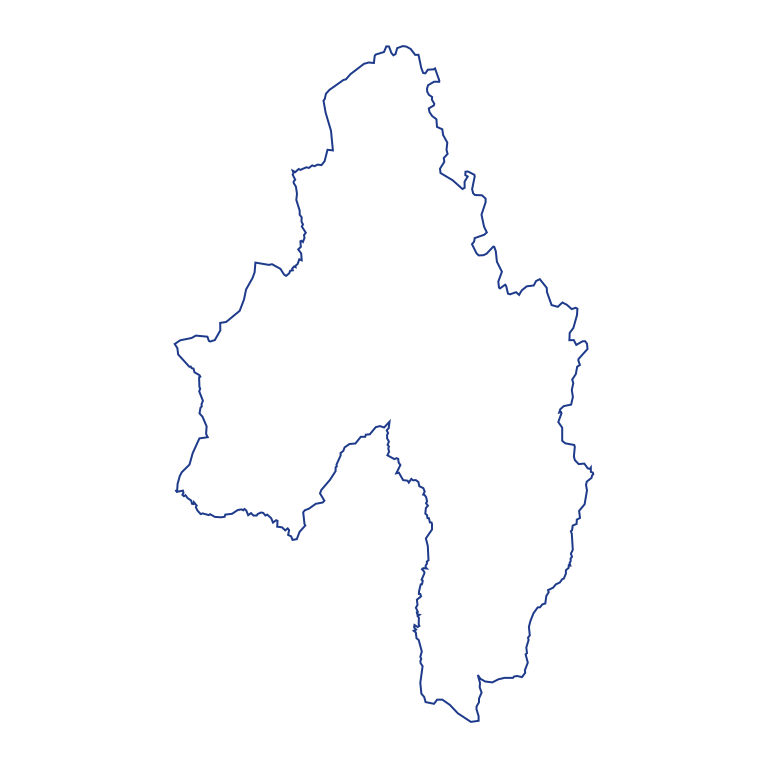 outline of Mamants'o, Mafeteng, Lesotho
{"feature_id": "5366337B49454872209470", "entity_name": "Mamants'o", "entity_type": "district", "adm_level": 2, "iso_a3": "LSO", "parent_name": "Lesotho", "parent_adm1": "Mafeteng", "projection": "equal_earth", "projection_center": [27.358, -29.661], "detail": "fine", "context": "isolated", "style": "outline", "palette": "blue", "viewbox_px": 768, "rotation_deg": 0, "n_neighbors": 0, "source": "geoboundaries", "source_scale": "gbopen_adm2", "svg_char_len": 6077}
<svg xmlns="http://www.w3.org/2000/svg" viewBox="0 0 768 768"><path d="M590.8,467.5L589.8,468.9L587.8,468.4L584.3,463.6L578.7,464.1L574.9,460.2L573.9,456.6L574.8,446.7L574.2,445.0L565.2,443.3L562.2,440.8L562.2,427.7L558.3,422.0L561.5,413.3L561.0,412.0L559.2,412.6L560.3,409.2L563.8,406.1L571.1,404.6L572.9,397.0L571.8,390.0L573.3,383.1L572.2,379.6L575.8,374.1L577.2,366.7L579.9,365.0L578.3,360.2L578.6,358.9L587.5,349.0L587.0,343.7L585.1,341.2L582.5,341.3L576.3,344.9L573.8,340.1L569.4,340.2L569.7,332.9L573.4,327.9L577.0,315.1L577.4,308.7L575.6,307.8L571.7,309.1L566.9,304.8L562.4,302.5L557.8,306.8L551.6,305.1L547.0,292.2L546.7,287.8L539.8,279.2L536.1,281.0L533.7,285.5L526.8,286.3L521.8,290.3L519.1,294.9L516.1,292.2L510.0,294.3L508.0,293.7L506.1,285.8L505.2,284.7L500.0,288.4L499.0,287.6L498.3,281.6L501.9,271.7L496.9,261.7L495.8,251.3L494.3,246.9L493.3,246.6L486.6,253.7L483.4,255.2L478.7,255.4L476.5,253.3L472.0,244.2L474.1,241.6L474.7,238.1L484.3,234.7L486.8,232.4L484.0,226.5L481.5,214.7L485.6,202.3L485.6,198.6L482.0,195.3L475.0,195.0L473.2,193.4L472.1,189.2L474.7,176.5L474.4,174.8L468.0,171.5L465.5,171.7L465.3,175.1L467.7,176.5L464.6,181.6L464.6,187.8L462.5,189.0L452.7,180.3L440.5,173.0L440.0,168.7L444.3,161.9L443.8,158.0L447.6,153.9L446.5,149.9L447.3,142.6L443.1,135.0L442.3,129.3L437.0,126.9L436.4,119.2L432.2,116.1L429.5,112.1L428.8,108.4L433.9,105.4L434.3,103.8L431.9,99.6L432.1,97.0L428.9,94.8L427.2,91.7L427.0,88.7L428.1,85.2L434.1,81.7L439.2,81.8L439.3,80.5L435.0,68.4L433.5,69.4L427.8,69.7L425.4,73.3L423.2,73.0L421.3,68.1L418.5,54.8L415.2,54.9L410.7,49.0L406.4,46.6L402.8,46.1L397.2,48.1L395.5,54.1L393.4,55.3L391.4,53.0L389.0,46.5L386.3,46.4L384.0,52.0L375.6,54.6L374.7,56.0L373.9,63.0L368.8,62.5L364.0,63.8L350.4,74.2L346.0,79.3L343.4,80.0L329.4,89.9L325.9,93.8L324.8,98.9L323.5,100.7L325.6,112.6L331.0,130.8L332.9,150.4L327.5,149.8L324.6,161.2L321.5,165.1L317.6,164.6L314.6,166.2L312.2,165.4L309.0,167.9L306.3,167.3L300.4,169.9L298.7,169.0L295.3,172.1L292.7,170.7L293.5,173.0L292.7,174.7L295.2,179.7L293.7,181.4L293.7,183.1L295.9,186.6L297.0,193.8L296.3,199.9L299.7,210.7L299.7,214.8L301.7,217.4L301.5,221.7L303.0,224.4L301.8,226.5L305.8,232.7L304.0,235.1L304.5,237.9L302.9,242.0L301.4,240.8L300.4,241.3L300.8,246.9L298.2,249.4L301.2,253.4L301.7,260.3L299.3,259.3L297.6,264.0L295.4,265.9L295.6,267.2L293.9,266.6L292.1,268.8L292.8,270.3L290.1,270.8L289.3,273.2L286.1,275.9L284.1,274.6L280.4,268.8L272.0,264.2L269.0,264.9L255.4,262.6L254.6,272.4L252.4,278.3L246.1,289.4L244.0,299.5L239.7,310.8L226.1,322.0L220.2,322.9L220.3,330.4L214.8,340.1L210.2,341.5L208.9,340.9L207.4,336.7L195.9,335.6L191.6,338.0L180.2,340.3L174.7,344.0L177.4,348.2L178.1,354.4L189.4,366.8L190.8,366.6L191.7,368.2L193.5,368.6L194.5,372.3L199.5,375.2L200.3,376.7L199.1,377.3L199.4,386.9L200.2,388.7L199.2,391.3L202.9,400.8L201.5,404.3L201.8,406.3L200.5,407.7L199.5,413.4L202.5,416.7L206.6,426.3L206.1,434.0L207.7,437.2L199.4,438.4L192.7,453.1L189.5,464.6L181.8,472.2L179.8,476.0L177.6,483.8L177.2,490.0L176.0,490.7L176.8,491.9L182.9,490.6L183.5,492.8L182.4,494.8L183.9,496.2L185.5,495.2L187.5,498.0L191.2,500.6L192.0,503.8L193.5,504.1L193.9,502.2L196.7,505.6L195.8,507.2L197.5,510.6L200.7,514.1L202.6,513.4L208.8,515.1L210.1,514.2L214.9,516.9L221.1,517.3L224.6,516.8L225.3,514.6L232.0,513.8L237.8,510.0L241.6,509.4L243.2,510.3L244.5,509.0L246.2,510.4L248.2,515.2L251.0,513.1L253.4,515.5L256.7,515.5L257.7,514.0L261.0,512.5L263.2,512.9L265.4,515.5L267.2,514.6L271.2,518.2L273.0,522.6L276.1,520.2L277.5,520.8L277.2,526.7L282.0,527.3L285.2,530.4L287.7,528.4L289.1,530.2L288.1,534.9L291.2,536.4L292.5,539.9L296.8,539.1L299.6,531.8L305.3,525.5L304.5,524.1L303.2,512.3L304.8,510.3L308.9,508.7L315.8,503.8L322.7,502.5L324.4,500.7L320.0,493.4L321.3,490.0L330.0,479.8L335.6,471.1L335.6,467.4L336.8,466.4L336.5,464.6L340.7,455.3L340.5,453.1L343.3,450.9L344.6,447.4L349.5,444.0L355.4,443.5L360.8,436.8L365.2,436.8L365.8,434.7L369.8,434.3L375.8,427.1L380.0,426.1L384.1,427.5L389.5,421.7L388.7,428.2L386.7,430.3L388.1,433.1L387.1,434.8L387.1,438.3L388.9,441.6L387.6,444.9L388.9,446.4L388.3,448.6L389.1,451.7L387.4,455.3L394.4,459.1L396.6,458.2L398.2,458.9L398.6,462.5L400.4,465.0L396.3,473.3L398.9,472.7L403.1,480.1L407.6,480.7L408.8,482.6L411.3,478.9L413.0,480.3L415.8,480.1L418.4,482.0L419.3,486.2L423.3,488.1L424.7,491.5L423.2,494.6L424.5,494.9L426.1,497.1L427.1,501.4L426.0,503.1L427.9,505.7L425.9,508.0L425.3,513.6L427.0,515.1L427.5,518.1L428.9,518.2L429.9,522.4L431.5,522.5L432.0,523.9L432.0,529.5L425.9,538.4L427.8,546.1L428.5,560.3L426.8,561.6L427.0,563.5L425.8,565.4L425.5,567.3L426.7,568.5L423.1,568.2L422.0,569.2L424.3,571.8L424.4,573.3L421.6,579.7L422.7,580.6L422.4,582.6L421.9,584.3L420.7,584.4L419.0,591.5L418.9,593.9L420.3,594.0L421.0,596.4L416.9,599.7L417.5,604.9L415.9,607.7L417.8,611.9L416.8,612.4L417.3,614.1L419.5,614.8L417.6,616.0L418.9,617.8L418.7,624.3L419.4,625.9L417.6,627.0L414.5,625.0L414.1,627.4L416.1,629.6L413.7,630.8L415.8,632.4L416.5,638.2L418.7,640.0L421.8,651.5L420.3,656.9L421.3,658.9L420.4,660.8L420.6,663.2L422.6,666.2L420.3,682.8L421.4,693.7L424.2,697.0L425.6,702.1L434.0,703.8L437.1,699.7L442.4,699.7L449.9,704.9L457.8,713.3L470.9,721.9L478.6,720.8L478.6,716.2L476.5,709.3L476.5,706.6L479.0,702.2L479.0,698.5L481.6,692.7L479.7,687.3L480.0,683.0L477.8,675.0L480.4,678.8L485.2,681.5L492.3,682.4L498.4,679.3L504.3,677.9L512.9,677.9L514.1,676.5L517.1,676.0L522.0,677.1L525.2,672.8L524.9,670.2L527.8,662.6L525.6,654.4L527.0,653.1L526.3,647.5L528.6,640.0L528.0,637.7L529.8,635.3L528.9,626.9L530.4,621.1L533.5,613.2L537.7,607.4L540.0,607.3L542.3,604.4L545.3,603.5L546.3,596.0L548.7,592.2L548.0,590.1L553.1,587.7L555.9,584.3L559.8,582.5L562.3,579.1L563.8,578.6L565.9,573.6L565.9,570.2L568.6,567.9L568.8,565.2L570.3,565.5L569.6,563.0L570.7,561.1L570.6,558.5L572.0,556.8L570.9,553.7L572.8,549.8L571.8,533.8L570.9,531.2L572.1,530.1L572.7,525.6L576.6,523.9L576.8,519.7L580.0,517.9L579.1,510.9L584.6,504.3L587.0,490.3L586.0,484.9L586.8,481.6L591.5,477.9L592.1,475.4L593.3,474.2L592.8,472.6L590.9,471.9L590.8,467.5Z" fill="none" stroke="#1e3a8a" stroke-width="2"/></svg>